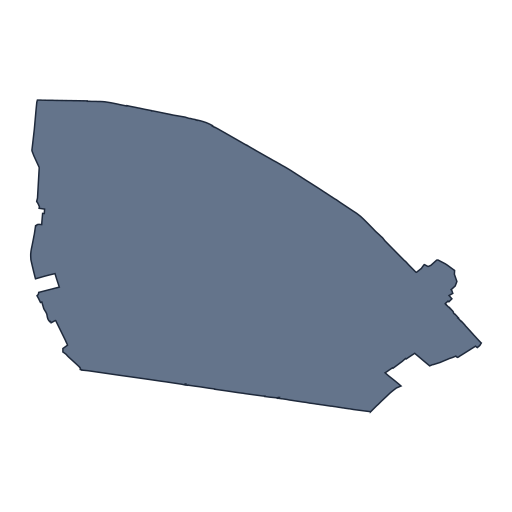 Voluntari, Bucharest, Romania
{"feature_id": "2599482B78870557966424", "entity_name": "Voluntari", "entity_type": "district", "adm_level": 2, "iso_a3": "ROU", "parent_name": "Romania", "parent_adm1": "Bucharest", "projection": "robinson", "projection_center": [26.156, 44.509], "detail": "fine", "context": "isolated", "style": "filled", "palette": "slate", "viewbox_px": 512, "rotation_deg": 0, "n_neighbors": 0, "source": "geoboundaries", "source_scale": "gbopen_adm2", "svg_char_len": 5768}
<svg xmlns="http://www.w3.org/2000/svg" viewBox="0 0 512 512"><path d="M481.3,343.0L481.0,342.8L480.0,341.7L478.8,340.5L478.0,339.6L477.3,338.9L475.7,337.1L475.3,336.7L474.4,335.7L473.6,334.9L473.4,334.6L472.6,333.7L471.3,332.3L470.9,331.8L468.7,329.4L467.0,327.5L466.7,327.2L465.3,325.7L465.0,325.2L464.6,324.7L464.1,324.2L463.7,323.7L463.3,323.3L463.0,323.0L462.7,322.6L462.1,322.0L462.0,321.9L461.7,321.6L461.5,321.3L461.2,321.5L461.1,321.4L460.2,320.4L459.9,320.1L459.8,319.9L459.6,319.7L459.1,319.2L458.8,318.8L458.5,318.5L458.3,318.2L458.1,318.1L458.4,317.9L457.7,317.2L457.1,316.5L456.8,316.1L454.9,314.1L454.7,314.2L454.1,313.7L453.5,313.0L453.5,312.7L453.4,312.4L453.4,312.1L452.9,311.4L452.6,310.9L452.2,310.5L451.1,309.4L450.9,309.0L450.4,308.8L450.0,308.4L449.8,308.1L449.7,308.0L449.8,307.9L449.6,307.5L448.3,306.9L446.7,305.2L446.2,304.6L446.1,304.8L445.4,304.0L445.6,303.9L445.3,303.6L445.6,303.2L446.6,302.4L448.0,301.1L448.9,301.8L450.1,300.6L451.9,298.8L449.0,295.5L452.8,293.4L451.7,290.2L451.1,289.7L455.2,286.0L456.9,281.5L454.4,274.3L454.6,270.5L447.0,264.9L445.1,263.7L438.0,260.0L436.7,260.1L430.8,265.4L430.7,265.4L429.4,266.0L428.1,266.5L427.8,266.4L427.6,266.3L427.4,266.2L424.5,264.6L424.2,264.6L422.7,266.5L421.4,268.4L416.5,272.3L415.8,272.1L408.5,264.7L406.9,262.9L405.6,261.5L404.1,260.3L396.6,252.7L384.9,240.8L382.5,237.7L381.1,236.5L379.0,234.5L375.9,231.7L374.9,230.7L373.4,229.1L368.2,223.8L364.0,219.6L360.6,216.4L356.6,213.3L355.7,212.7L353.8,211.5L339.8,202.2L338.0,200.9L336.3,199.7L335.0,199.0L333.4,198.0L323.0,191.2L318.3,188.1L315.8,186.5L304.9,179.6L297.5,174.8L295.6,173.6L291.0,170.6L288.7,169.2L285.2,167.1L281.9,165.3L276.4,162.1L273.0,160.3L261.6,153.8L256.1,150.7L249.1,146.6L246.9,145.2L246.8,145.4L219.0,129.5L218.9,129.4L214.6,127.1L214.4,127.3L212.2,126.0L212.5,125.6L211.1,124.9L209.6,124.1L207.8,123.3L205.9,122.5L204.3,122.0L203.2,121.6L202.1,121.3L200.8,120.9L199.6,120.6L197.4,120.1L196.9,120.0L196.9,120.3L195.9,120.0L195.4,119.6L195.2,119.5L193.3,119.2L192.3,119.0L190.6,118.5L189.1,118.4L188.2,118.1L187.2,117.8L185.1,117.1L176.9,115.7L173.8,115.2L152.9,110.9L151.7,111.0L151.5,110.9L151.5,110.6L144.7,109.3L139.2,108.1L137.8,107.9L136.2,107.5L130.0,106.3L126.9,105.6L126.8,106.0L125.2,105.7L123.7,105.4L120.7,104.8L119.2,104.5L118.1,104.2L116.6,103.9L113.7,103.3L110.6,102.7L107.4,102.2L104.9,101.8L102.6,101.6L100.4,101.5L97.5,101.5L96.0,101.4L94.4,101.4L93.0,101.4L91.4,101.4L89.8,101.3L87.3,101.3L87.3,100.9L75.9,100.7L73.4,100.7L71.2,100.6L68.4,100.6L61.9,100.5L54.4,100.4L52.8,100.3L49.8,100.3L48.3,100.3L43.7,100.2L42.1,100.2L41.0,100.1L37.4,100.1L36.8,102.2L36.0,110.4L34.3,129.5L32.8,142.6L31.9,150.2L32.1,151.2L33.9,155.9L39.1,167.2L39.2,167.9L38.5,180.3L37.5,198.1L36.7,201.2L36.7,201.7L37.2,202.2L37.6,202.8L38.4,204.4L39.4,206.7L39.1,208.3L44.6,209.1L44.3,213.5L42.6,213.4L41.9,221.7L41.7,224.6L39.5,224.4L38.1,224.4L37.0,224.7L36.5,225.6L35.6,225.6L34.3,234.4L34.0,235.7L33.4,238.9L32.2,245.0L31.4,248.8L31.0,251.2L30.7,254.0L30.7,256.1L30.9,259.8L32.2,265.5L33.6,271.4L35.1,277.4L35.5,278.8L40.1,277.5L44.6,276.2L48.8,275.1L55.0,273.6L56.7,279.2L59.3,287.1L38.7,292.4L38.6,293.2L38.4,294.0L38.1,294.6L37.6,295.2L37.3,295.4L37.0,295.7L38.4,298.2L40.5,302.5L40.8,302.4L41.8,302.0L42.0,302.6L43.7,308.4L43.8,308.6L43.9,308.8L44.0,309.0L44.1,309.3L45.6,311.7L45.8,312.0L46.0,312.4L46.2,312.8L46.4,313.1L46.5,313.5L46.7,313.9L46.8,314.2L46.9,314.6L47.1,315.8L47.4,317.4L47.5,317.6L47.6,318.0L47.7,318.4L47.8,318.7L48.0,319.1L48.1,319.4L48.3,319.7L48.5,320.1L48.7,320.4L49.0,320.7L49.2,321.0L49.7,321.7L50.4,321.4L50.7,322.0L51.1,322.8L55.3,320.5L55.7,320.6L62.0,333.4L65.3,340.1L65.9,341.5L67.1,344.0L67.4,344.8L67.5,345.2L62.9,348.5L62.9,352.0L64.1,352.8L66.1,354.3L67.5,355.9L68.8,357.2L76.4,364.1L79.8,367.3L79.7,367.5L80.3,368.1L80.4,368.4L80.2,369.2L80.5,369.3L80.5,369.6L81.7,369.8L81.7,370.1L88.0,370.7L108.0,373.6L120.4,375.4L130.5,376.8L140.4,378.2L150.3,379.6L161.8,381.3L165.7,381.8L172.9,382.9L181.6,384.2L184.7,384.9L185.1,383.9L186.0,384.0L185.9,385.1L187.8,385.3L187.9,385.1L188.6,385.1L189.0,385.3L191.8,385.7L194.6,386.1L200.0,386.8L208.9,388.2L211.1,388.5L214.5,388.9L214.5,389.2L226.5,390.9L231.2,391.6L237.8,392.6L238.4,392.7L238.8,392.7L239.3,392.8L241.7,393.1L242.8,393.2L245.0,393.6L255.3,395.0L262.8,396.0L264.9,396.1L264.8,396.5L267.2,396.8L269.3,397.1L274.5,397.6L275.6,397.7L276.9,397.8L276.7,398.0L277.6,398.3L278.0,397.6L278.2,397.4L279.4,397.4L279.0,398.4L281.8,398.8L282.4,398.8L287.1,399.5L289.4,400.0L291.0,400.2L294.1,400.7L300.8,401.7L302.7,402.0L303.7,402.1L306.1,402.4L309.1,403.0L309.5,403.1L310.7,403.2L311.4,403.3L313.7,403.6L315.1,403.8L316.0,404.0L318.5,404.3L319.6,404.5L321.0,404.7L321.5,404.8L322.0,404.8L323.3,405.0L323.9,405.1L324.7,405.2L325.8,405.4L331.2,406.2L331.7,406.1L333.2,406.4L333.8,406.5L335.5,406.7L339.0,407.3L341.1,407.6L342.2,407.8L343.0,407.9L344.0,408.0L344.8,408.2L349.1,408.8L349.6,408.8L351.3,409.1L353.4,409.5L370.5,411.7L370.5,411.9L374.9,407.5L376.6,405.8L378.4,404.2L381.7,400.9L383.1,399.6L384.9,397.9L386.2,396.7L388.7,394.3L390.2,392.9L392.1,391.3L394.0,389.8L395.2,388.9L396.5,387.9L397.6,387.5L399.4,386.7L401.0,386.0L398.7,384.0L395.1,381.0L388.3,375.6L385.1,372.8L385.9,372.3L388.0,370.9L388.5,370.5L392.5,367.8L393.0,368.2L395.9,366.1L402.2,361.4L405.5,358.5L406.1,359.0L414.7,353.3L416.1,354.5L419.7,357.5L423.8,361.0L429.7,365.9L431.0,365.3L432.4,364.7L433.3,364.6L438.7,362.9L440.0,362.5L442.1,361.6L444.2,360.7L445.2,360.3L446.6,359.7L447.6,359.3L449.4,358.5L452.5,357.5L453.7,357.0L454.1,356.8L454.7,356.6L455.8,356.1L456.5,356.8L457.1,357.2L457.5,357.4L458.3,357.1L460.2,355.8L462.5,354.4L475.5,346.2L477.3,347.6L477.9,347.1L479.8,345.5L481.3,343.0Z" fill="#64748b" stroke="#1e293b" stroke-width="1.5"/></svg>